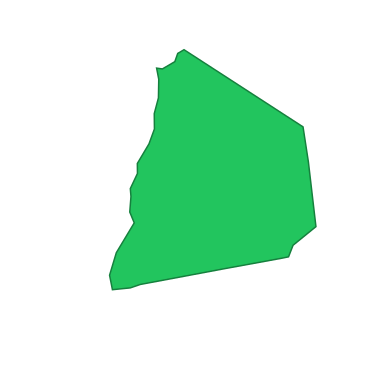 outline of Morgan, Georgia, United States of America, rotated 226°
{"feature_id": "52423323B3349908065818", "entity_name": "Morgan", "entity_type": "district", "adm_level": 2, "iso_a3": "USA", "parent_name": "United States of America", "parent_adm1": "Georgia", "projection": "albers", "projection_center": [-83.452, 33.626], "detail": "fine", "context": "isolated", "style": "filled", "palette": "green", "viewbox_px": 384, "rotation_deg": 226, "n_neighbors": 0, "source": "geoboundaries", "source_scale": "gbopen_adm2", "svg_char_len": 509}
<svg xmlns="http://www.w3.org/2000/svg" viewBox="0 0 384 384"><g transform="rotate(226 192 192)"><path d="M81.8,210.9L78.3,216.4L83.5,227.7L81.0,257.1L132.9,296.7L161.7,317.1L299.9,285.1L301.6,278.0L297.7,270.2L301.1,256.2L305.7,252.6L296.2,246.4L283.0,233.2L274.6,219.3L263.4,208.7L256.5,194.5L250.5,172.5L243.2,165.6L237.3,150.0L231.1,144.9L220.8,133.3L209.9,129.0L200.9,95.4L189.4,74.9L177.0,66.9L165.9,81.0L161.4,90.6L115.6,160.1L81.8,210.9Z" fill="#22c55e" stroke="#15803d" stroke-width="1.5"/></g></svg>